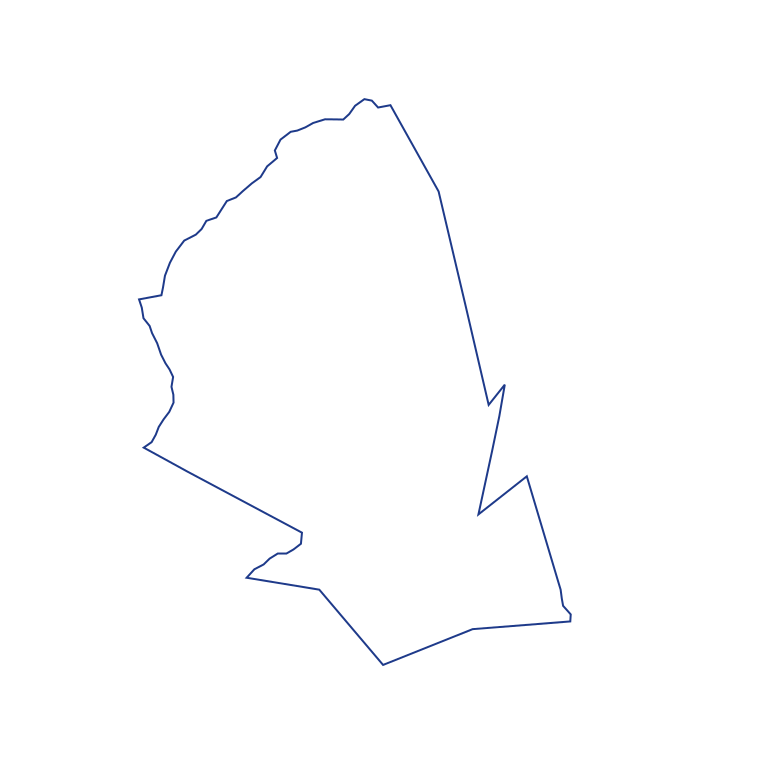 outline of São João da Varjota, Piauí, Brazil, rotated 21°
{"feature_id": "56859067B92714876979598", "entity_name": "São João da Varjota", "entity_type": "district", "adm_level": 2, "iso_a3": "BRA", "parent_name": "Brazil", "parent_adm1": "Piauí", "projection": "natural_earth1", "projection_center": [-41.918, -6.948], "detail": "fine", "context": "isolated", "style": "outline", "palette": "blue", "viewbox_px": 768, "rotation_deg": 21, "n_neighbors": 0, "source": "geoboundaries", "source_scale": "gbopen_adm2", "svg_char_len": 1113}
<svg xmlns="http://www.w3.org/2000/svg" viewBox="0 0 768 768"><g transform="rotate(21 384 384)"><path d="M497.0,341.3L489.2,366.0L432.4,282.1L366.0,184.7L290.1,121.4L279.4,128.0L271.1,123.8L263.6,125.1L257.3,134.6L254.8,144.4L251.2,151.7L244.3,154.2L234.1,158.0L224.3,165.7L218.6,172.6L212.2,178.5L206.5,182.0L199.8,192.9L198.4,205.1L203.2,211.3L196.9,222.7L194.6,235.0L188.7,244.1L183.1,254.5L178.9,262.9L171.7,269.5L167.8,288.6L159.7,295.3L158.2,304.6L154.8,312.0L146.1,321.7L142.2,335.0L140.7,347.5L140.7,361.4L143.1,373.1L144.4,380.9L125.0,392.8L130.5,399.5L135.9,408.8L144.4,413.8L149.2,419.6L157.6,427.2L165.4,436.5L172.6,443.0L178.5,447.2L184.6,453.0L186.6,462.8L191.2,469.5L194.2,476.8L193.5,487.0L190.9,496.0L189.1,504.8L189.1,513.1L187.9,521.5L182.5,529.5L231.7,536.2L360.7,552.2L363.7,562.9L358.8,570.9L353.7,577.2L345.6,580.3L339.8,588.0L336.3,595.6L329.4,603.4L325.2,614.1L397.3,599.2L483.8,646.6L554.6,581.1L643.0,538.9L640.9,532.2L630.7,526.9L627.0,520.8L622.6,512.7L617.7,506.4L550.4,419.0L518.9,471.9L509.0,408.2L503.2,372.7L497.0,341.3Z" fill="none" stroke="#1e3a8a" stroke-width="2"/></g></svg>